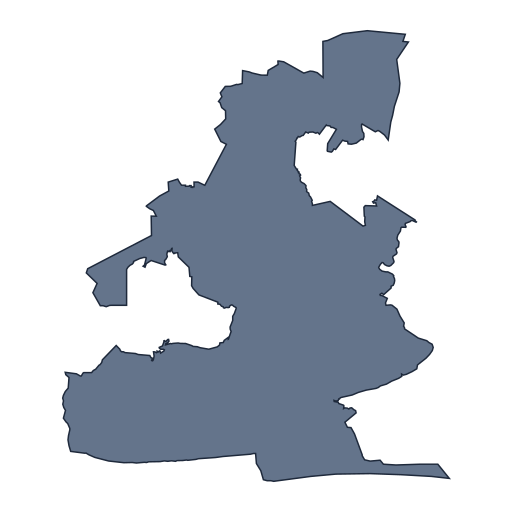 the district of Heroica Ciudad de Juchitán de Zaragoza, Oaxaca, Mexico
{"feature_id": "50627088B28921038205871", "entity_name": "Heroica Ciudad de Juchitán de Zaragoza", "entity_type": "district", "adm_level": 2, "iso_a3": "MEX", "parent_name": "Mexico", "parent_adm1": "Oaxaca", "projection": "orthographic", "projection_center": [-94.955, 16.413], "detail": "fine", "context": "isolated", "style": "filled", "palette": "slate", "viewbox_px": 512, "rotation_deg": 0, "n_neighbors": 0, "source": "geoboundaries", "source_scale": "gbopen_adm2", "svg_char_len": 6050}
<svg xmlns="http://www.w3.org/2000/svg" viewBox="0 0 512 512"><path d="M87.7,268.7L86.3,272.9L97.1,283.4L92.9,292.7L100.3,305.7L103.1,305.7L106.2,306.7L109.6,305.4L111.8,305.3L126.6,305.3L126.6,269.4L127.9,267.3L130.0,265.3L132.4,264.0L133.5,262.6L133.6,261.4L139.8,258.5L144.0,257.4L146.0,257.6L146.2,258.2L144.5,265.0L143.1,266.2L145.0,267.2L146.3,263.6L151.1,260.5L165.1,265.1L165.8,264.8L164.6,262.9L164.6,260.5L165.9,259.2L167.3,256.7L166.8,254.1L167.6,251.1L168.7,251.2L168.6,251.6L170.2,251.6L170.0,250.5L171.3,250.0L171.6,248.5L172.1,248.4L171.8,250.9L173.7,253.6L174.7,253.4L174.7,253.0L177.7,252.7L178.3,256.9L189.0,267.3L189.8,276.4L191.8,276.8L191.6,285.7L193.1,288.4L198.9,294.9L217.9,302.2L217.8,304.0L220.0,304.3L221.5,306.2L223.1,306.7L223.5,307.8L224.6,308.1L226.1,307.4L228.3,307.6L229.3,307.3L229.6,306.1L231.3,304.9L232.6,305.2L233.7,306.3L236.0,307.5L236.2,308.4L234.3,313.6L232.7,316.3L232.7,320.5L230.1,327.0L230.2,329.2L231.1,331.5L228.4,339.2L228.2,339.3L228.1,337.5L224.2,340.4L223.3,342.5L219.9,342.9L219.5,345.1L217.2,346.9L208.8,349.2L200.1,347.7L197.3,346.7L193.0,346.4L191.8,345.6L185.6,343.5L180.3,343.4L178.2,343.0L172.9,343.4L171.4,343.8L170.4,343.5L165.5,344.9L165.8,343.6L167.9,342.6L169.0,341.1L168.6,339.4L167.8,339.5L166.0,341.3L165.3,341.3L164.4,340.6L163.9,340.8L163.9,341.9L162.5,345.9L159.2,347.4L159.2,347.9L160.5,349.2L163.6,349.3L164.4,349.8L163.8,351.1L160.6,353.1L160.0,351.0L159.4,350.9L158.5,351.9L157.1,351.1L157.1,352.4L156.5,352.7L154.9,351.9L153.5,351.8L154.1,356.2L153.3,359.9L152.6,360.8L152.1,360.8L151.6,360.4L152.3,359.0L152.1,358.0L151.0,357.7L149.8,355.5L138.1,354.5L135.4,353.5L124.9,352.6L123.6,351.8L121.5,351.7L120.4,350.7L119.8,349.2L116.2,345.5L102.4,359.8L101.7,362.5L100.0,364.7L99.0,365.2L95.7,369.2L93.3,370.5L91.6,372.6L83.8,372.6L83.0,373.1L81.3,376.0L80.3,376.0L76.4,373.8L65.2,372.3L65.8,374.7L69.0,377.5L68.2,388.1L65.3,391.5L63.4,395.4L62.7,398.1L63.5,400.9L62.8,404.2L63.8,407.5L65.5,410.4L63.4,418.2L66.1,422.0L67.7,423.5L69.8,428.4L69.8,429.9L68.5,435.6L68.0,439.9L69.0,445.7L70.7,451.4L84.7,453.2L86.1,453.1L88.7,454.7L94.8,457.4L108.6,461.0L123.9,462.7L132.2,462.5L136.4,463.0L144.4,462.3L146.6,462.5L148.7,461.8L160.2,461.6L164.3,460.9L167.8,461.3L171.5,460.8L175.6,461.3L177.0,460.6L182.8,460.5L186.5,460.0L187.8,460.3L195.8,459.4L198.4,458.7L215.6,457.5L222.9,456.5L250.5,454.2L253.4,453.5L255.6,453.5L256.4,463.5L260.8,470.7L263.4,479.7L267.1,480.7L270.9,480.7L273.7,481.3L310.8,476.4L335.9,474.1L370.1,473.6L401.4,474.7L431.4,476.4L449.3,478.4L437.8,464.2L420.2,464.2L395.9,465.0L383.4,464.2L380.1,460.2L370.2,461.1L364.6,459.8L362.2,455.7L362.2,454.8L354.5,433.9L351.0,427.6L347.4,427.3L344.9,422.2L356.1,412.9L355.6,410.6L354.0,409.8L351.7,407.8L350.0,408.0L348.8,409.0L347.2,408.1L344.8,407.9L343.6,408.6L343.9,405.8L343.6,405.2L338.7,403.5L338.3,402.3L334.2,401.5L334.0,400.4L336.1,401.1L338.2,400.5L338.8,398.9L339.5,399.0L340.3,397.8L341.4,397.4L352.2,395.0L358.4,392.4L366.3,390.1L376.0,388.4L378.3,387.5L380.4,385.9L386.5,384.1L391.5,381.2L398.7,378.3L401.8,376.3L401.6,374.1L403.3,375.1L406.4,374.3L412.1,371.6L416.8,368.8L417.5,364.9L426.0,358.2L429.6,354.4L432.3,350.6L433.2,347.4L432.1,344.2L428.9,342.5L426.8,340.7L418.3,338.1L404.6,328.9L404.4,327.3L403.6,326.4L404.2,322.9L400.0,316.1L396.9,309.1L392.0,305.2L390.4,304.9L386.0,305.3L385.5,302.9L387.3,298.4L382.0,295.6L380.3,295.4L380.0,294.4L381.9,293.2L383.7,294.6L391.1,288.0L391.1,286.2L393.2,285.3L394.2,283.1L394.7,280.7L394.5,278.7L393.5,276.5L393.8,275.7L394.1,276.0L392.4,274.1L387.9,271.9L385.9,271.9L382.1,271.1L379.7,269.3L378.7,267.6L379.0,266.7L380.5,264.2L382.1,262.5L383.2,262.8L384.5,264.5L387.0,265.8L389.1,266.2L390.8,265.5L393.7,262.6L394.0,261.4L392.7,257.5L393.0,256.3L396.5,253.9L397.0,252.7L396.0,249.4L396.3,248.4L398.5,246.7L399.0,242.8L398.8,241.7L397.4,240.0L397.0,238.2L397.8,235.1L400.4,231.1L400.9,227.9L401.6,227.2L405.8,227.3L406.0,226.6L405.1,224.7L405.4,223.4L410.1,221.6L411.0,220.7L412.3,220.5L416.1,222.2L416.4,221.9L415.1,220.8L415.1,220.0L377.5,195.9L376.6,200.2L374.8,199.9L373.9,201.2L372.7,201.7L373.5,203.1L375.7,202.7L376.6,206.0L365.3,205.6L363.9,207.2L364.3,216.2L365.0,217.0L364.7,221.7L365.4,225.3L363.0,226.1L330.2,201.4L312.4,205.4L312.4,203.9L311.6,201.3L312.2,200.4L312.0,199.8L310.5,196.9L309.3,195.7L308.7,193.1L306.6,191.6L306.8,189.6L305.8,187.7L306.0,185.6L304.1,183.6L301.4,182.2L300.3,180.8L300.2,179.3L300.6,177.9L299.6,175.9L300.6,175.1L300.2,174.2L299.1,173.7L299.0,172.2L298.4,172.4L298.2,171.3L297.2,170.3L297.4,169.2L296.5,169.1L296.1,168.5L294.2,165.5L295.9,142.2L295.2,141.2L296.5,139.5L296.8,138.1L297.5,138.0L298.2,136.5L299.8,137.0L302.0,135.6L303.2,135.4L305.7,132.0L308.3,133.1L309.1,132.2L312.9,132.0L315.9,133.2L317.3,132.5L318.3,133.0L319.4,134.2L326.2,125.1L326.4,125.5L329.9,125.9L331.1,127.4L333.0,127.5L336.4,129.3L327.7,143.6L327.2,150.7L327.5,151.3L331.3,152.1L332.3,151.4L333.9,148.9L335.6,149.5L342.6,140.2L344.8,141.1L347.6,141.4L348.1,143.9L351.5,144.2L356.3,143.1L361.0,139.4L362.1,139.2L363.0,139.6L364.0,136.8L363.9,135.2L363.8,133.4L362.5,131.5L361.5,126.8L361.6,124.4L362.1,124.0L375.3,131.8L378.0,130.5L379.7,131.3L384.5,135.0L388.2,140.0L390.8,122.0L392.6,115.4L394.4,106.3L399.1,91.9L399.9,83.3L396.7,59.4L408.4,42.0L402.9,41.4L405.3,34.3L367.3,30.7L342.9,33.7L327.7,40.5L322.9,41.4L323.1,77.5L317.3,72.7L313.0,71.4L310.1,71.1L303.8,73.1L283.7,61.8L278.8,61.0L277.9,61.1L278.1,64.5L268.2,70.4L267.3,75.2L261.1,75.1L252.1,73.0L249.2,71.9L242.6,70.6L242.2,83.5L237.9,84.6L236.6,84.4L230.7,86.3L225.3,86.4L220.3,92.9L221.9,96.8L218.5,101.5L220.1,102.8L221.7,107.6L225.5,110.7L225.7,118.9L220.5,124.5L214.7,129.1L220.9,141.5L226.4,144.3L204.8,185.3L198.1,182.1L194.0,182.1L194.1,186.8L192.4,186.9L192.5,187.4L191.1,187.3L191.1,185.6L189.5,185.6L189.2,186.2L185.5,186.3L185.5,185.2L181.5,185.2L179.5,182.4L177.7,179.1L168.2,182.1L168.8,191.0L159.6,196.0L146.4,205.9L146.3,206.3L149.8,208.8L153.4,210.5L156.3,216.2L151.2,216.1L151.5,235.5L87.7,268.7Z" fill="#64748b" stroke="#1e293b" stroke-width="1.5"/></svg>